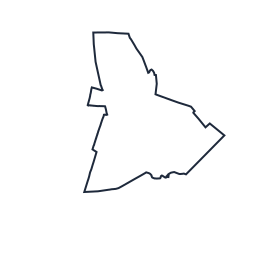 Santa Gertrudis, Oaxaca, Mexico, rotated 35°
{"feature_id": "50627088B89208011470792", "entity_name": "Santa Gertrudis", "entity_type": "district", "adm_level": 2, "iso_a3": "MEX", "parent_name": "Mexico", "parent_adm1": "Oaxaca", "projection": "natural_earth1", "projection_center": [-96.798, 16.776], "detail": "fine", "context": "isolated", "style": "outline", "palette": "slate", "viewbox_px": 256, "rotation_deg": 35, "n_neighbors": 0, "source": "geoboundaries", "source_scale": "gbopen_adm2", "svg_char_len": 2981}
<svg xmlns="http://www.w3.org/2000/svg" viewBox="0 0 256 256"><g transform="rotate(35 128 128)"><path d="M192.4,77.4L191.1,83.0L180.6,80.0L172.9,78.1L172.6,77.8L172.9,75.9L167.4,74.4L164.8,75.1L154.7,78.3L148.2,80.1L132.9,84.2L131.2,84.6L126.2,75.3L120.5,68.6L119.3,69.3L117.7,67.8L115.8,66.9L113.8,66.6L113.2,67.5L113.1,68.6L113.4,70.3L112.9,71.2L109.4,68.7L107.3,67.2L106.8,66.9L102.3,63.8L99.0,61.6L89.3,58.1L85.6,56.3L79.5,53.6L77.8,53.1L74.3,50.5L65.1,56.3L57.6,60.6L44.8,69.7L51.9,79.0L54.6,82.1L63.5,92.4L81.1,108.6L81.9,109.0L82.1,109.1L82.7,109.6L84.5,110.9L84.7,111.1L85.0,111.2L85.5,111.4L85.1,112.2L79.8,113.8L75.1,115.5L75.8,117.4L77.2,120.3L77.5,121.0L78.1,122.6L78.2,122.8L78.3,122.9L78.5,123.3L78.8,123.9L78.9,124.3L79.3,125.1L81.9,132.4L82.5,132.4L82.9,132.2L83.3,131.6L83.8,131.2L84.3,131.1L84.7,130.8L84.8,130.8L85.6,130.3L85.8,130.2L86.9,129.6L87.0,129.5L87.2,129.4L87.3,129.4L87.9,129.0L89.0,128.4L89.5,128.1L91.2,127.1L91.4,126.9L91.7,126.6L92.0,126.4L92.3,126.2L92.6,126.1L93.0,125.8L96.0,123.8L96.8,123.4L99.2,125.4L101.7,127.8L101.9,128.0L103.3,129.0L103.0,129.5L102.6,129.7L102.2,130.0L101.9,130.1L101.5,130.3L101.2,130.5L100.9,130.7L100.9,130.8L100.7,131.0L101.0,131.6L101.3,132.5L101.6,133.6L101.6,133.9L101.8,134.6L102.0,135.5L102.2,136.2L102.5,137.3L102.8,138.2L103.0,138.9L103.1,139.4L103.3,139.9L103.5,140.4L103.6,140.9L103.8,141.3L104.3,143.2L104.8,145.1L105.2,146.3L105.3,147.1L105.5,147.4L105.6,147.7L105.7,148.3L105.8,148.5L106.1,149.2L106.2,149.6L106.2,150.0L106.3,150.2L106.5,150.4L106.5,150.9L106.6,151.1L106.7,151.3L106.8,151.5L106.9,151.9L107.0,152.1L107.0,152.3L107.1,152.7L107.2,153.0L107.3,153.4L107.4,153.7L107.5,153.8L107.5,154.0L107.7,154.4L107.7,154.6L107.8,154.8L107.8,155.1L108.0,155.4L108.0,155.6L108.1,155.8L108.1,156.0L108.3,156.4L108.4,157.0L108.7,157.6L108.7,157.8L108.8,158.2L109.0,158.6L109.0,158.8L109.1,159.0L109.2,159.4L109.3,159.8L109.4,160.1L109.6,160.4L109.7,161.0L109.9,161.3L110.0,161.8L110.0,162.3L111.2,165.9L116.0,165.7L118.0,171.7L119.2,175.3L119.4,175.9L120.1,178.2L121.4,182.1L121.6,182.7L122.4,186.1L123.6,189.1L124.0,190.1L125.0,193.1L125.2,193.9L128.9,205.5L139.8,197.0L147.1,190.1L147.4,189.8L148.0,189.3L149.8,187.5L151.5,186.1L151.7,185.9L152.4,185.3L152.9,184.9L154.7,182.7L156.5,179.1L160.1,171.5L162.6,166.2L165.7,159.8L168.4,154.0L168.4,153.9L170.7,153.1L171.7,152.9L172.4,152.9L172.7,152.9L174.4,153.3L174.7,153.7L174.9,153.8L175.1,154.0L175.6,154.3L175.9,154.5L176.1,154.6L176.3,154.6L176.5,154.6L177.0,154.5L178.2,154.2L178.5,154.2L179.0,153.8L179.6,153.5L180.7,152.8L183.1,150.9L183.2,150.5L183.0,149.5L182.8,149.2L182.6,148.6L183.0,147.5L183.5,147.4L183.9,147.3L184.5,147.4L185.3,147.3L186.2,147.3L186.5,147.3L187.4,147.0L187.9,146.2L187.6,145.9L188.4,145.4L189.2,145.0L188.3,143.3L187.5,143.8L187.6,142.6L188.1,141.5L188.8,140.0L189.9,138.8L191.1,137.6L196.2,136.3L197.0,135.9L199.1,134.1L199.9,133.3L202.1,132.7L211.2,78.8L192.4,77.4Z" fill="none" stroke="#1e293b" stroke-width="2"/></g></svg>